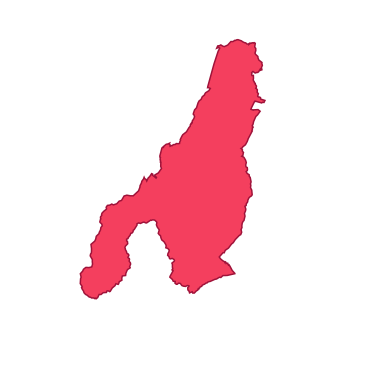 outline of Darmanesti, Bacau, Romania, rotated 317°
{"feature_id": "2599482B46065008984016", "entity_name": "Darmanesti", "entity_type": "district", "adm_level": 2, "iso_a3": "ROU", "parent_name": "Romania", "parent_adm1": "Bacau", "projection": "equal_earth", "projection_center": [26.342, 46.329], "detail": "fine", "context": "isolated", "style": "filled", "palette": "rose", "viewbox_px": 384, "rotation_deg": 317, "n_neighbors": 0, "source": "geoboundaries", "source_scale": "gbopen_adm2", "svg_char_len": 6099}
<svg xmlns="http://www.w3.org/2000/svg" viewBox="0 0 384 384"><g transform="rotate(317 192 192)"><path d="M49.1,204.7L51.0,204.9L54.2,203.6L55.5,204.9L58.4,205.1L60.9,207.1L62.1,206.4L62.7,206.6L63.6,207.7L63.8,208.7L64.4,208.9L68.3,207.8L71.8,208.0L73.8,207.2L75.0,209.2L75.7,209.1L77.6,208.0L80.6,208.7L81.9,207.1L83.8,205.9L86.5,207.8L88.1,206.4L91.1,205.0L92.3,204.8L94.9,205.3L95.3,205.0L95.5,204.0L97.9,202.9L98.6,201.9L98.9,199.7L100.4,198.6L100.8,197.8L100.4,197.0L100.6,196.0L102.3,195.5L102.8,195.1L103.1,193.9L102.6,192.9L102.8,192.0L103.6,190.6L103.9,188.8L104.3,188.5L105.1,186.8L106.4,186.2L109.7,186.0L111.1,184.1L110.8,183.2L112.0,181.9L113.5,182.4L114.2,181.9L117.2,181.4L119.0,180.5L120.2,181.1L121.7,180.9L123.0,179.9L124.0,180.1L129.2,178.7L130.1,177.7L132.0,178.3L132.8,179.8L135.7,180.8L136.4,181.4L137.1,183.1L137.8,183.7L142.6,184.4L142.9,185.0L144.2,185.5L145.2,186.6L145.6,187.4L145.7,189.8L145.2,190.6L143.6,191.7L142.7,193.9L142.2,197.4L139.1,199.2L138.9,201.2L139.2,202.3L138.0,204.4L137.2,206.4L137.6,209.3L137.0,212.4L136.4,213.8L134.8,214.9L135.8,216.8L135.7,219.0L134.1,220.1L132.6,220.5L131.0,221.7L131.1,223.6L130.4,224.8L130.3,225.9L130.8,226.4L132.2,227.0L132.8,229.1L132.5,230.1L131.6,230.5L128.8,230.3L128.2,231.7L126.3,233.7L125.9,234.7L124.3,235.3L124.2,235.8L124.7,236.4L124.5,236.7L118.4,238.7L117.7,239.2L118.0,242.7L117.4,244.5L118.7,246.0L117.4,247.0L117.6,248.8L118.3,249.4L119.9,249.5L120.4,249.9L121.1,251.0L120.8,253.5L121.5,255.0L122.9,256.7L124.7,257.1L125.8,258.4L125.4,258.9L123.6,259.1L122.5,260.4L122.1,261.3L122.2,262.7L121.4,264.1L124.1,265.1L123.6,266.4L124.8,267.5L127.7,267.3L129.3,267.7L129.9,267.2L130.7,267.6L131.0,267.0L132.0,267.4L133.1,267.0L134.8,267.6L135.7,267.2L137.3,267.5L138.3,268.0L139.9,268.1L141.2,268.8L141.8,268.6L143.2,269.1L144.3,269.8L149.0,271.4L150.7,272.4L153.9,273.0L154.8,274.2L157.6,274.2L160.8,277.0L168.2,281.3L167.8,280.9L167.9,276.8L169.2,272.0L169.3,271.4L168.8,270.6L169.5,270.2L169.0,269.2L169.5,268.4L168.2,267.5L168.7,267.1L168.9,266.0L168.0,265.9L168.3,265.4L167.6,263.1L167.3,260.4L167.6,258.1L172.7,257.6L173.4,257.6L174.1,258.4L176.6,257.3L180.4,257.9L185.4,257.0L187.6,257.2L191.2,256.3L196.9,256.0L198.6,256.4L200.9,255.3L202.2,253.0L204.4,252.0L205.3,250.8L207.4,249.1L209.3,248.3L210.5,248.3L214.3,245.8L215.8,243.4L218.3,242.3L219.7,241.2L221.0,238.5L222.4,238.8L223.6,237.7L225.9,237.2L227.4,236.0L229.4,235.2L230.5,235.0L232.8,235.4L234.1,235.1L237.0,231.3L237.7,228.8L239.7,227.1L240.2,226.0L242.1,224.9L243.9,222.0L244.5,221.0L244.6,219.6L245.6,218.3L245.0,216.1L245.5,214.0L247.1,214.0L248.0,213.3L249.1,211.8L248.7,210.9L248.8,210.1L249.8,208.8L251.8,207.5L252.9,205.2L253.6,202.2L253.5,201.4L252.8,199.8L254.6,199.8L255.1,199.1L256.6,198.2L256.7,196.4L257.7,195.5L257.6,193.6L258.4,194.0L260.0,193.6L263.3,193.9L266.9,192.7L269.6,191.3L277.6,188.5L277.5,188.1L279.1,187.2L279.5,186.6L280.8,186.3L280.6,185.6L281.1,185.5L281.5,184.4L282.8,184.1L285.1,182.5L290.2,180.3L292.5,180.3L296.9,179.4L296.5,176.8L292.8,173.7L292.6,173.8L291.5,171.7L293.1,170.9L299.1,168.6L299.4,168.8L300.1,168.5L303.7,174.4L304.7,174.5L305.7,175.6L307.8,174.8L305.6,170.9L306.5,169.6L306.0,168.4L305.3,167.7L305.3,166.8L307.6,165.3L307.7,163.5L309.5,161.8L309.6,160.8L309.4,159.6L310.1,159.5L311.4,158.5L311.7,156.4L312.4,155.7L312.2,154.7L312.8,153.5L312.8,152.6L313.5,151.5L314.5,150.8L316.4,148.6L315.3,147.8L315.6,146.9L316.7,146.1L316.9,145.5L318.5,145.3L318.8,145.4L319.3,148.0L319.9,148.4L320.7,148.6L321.6,149.4L322.8,149.5L326.0,148.6L326.2,149.0L325.3,149.3L325.1,149.7L326.5,150.3L327.6,148.4L329.8,147.4L330.7,145.7L331.5,145.0L330.9,141.1L331.7,139.0L332.6,137.8L332.4,134.7L332.8,133.4L335.1,132.1L336.6,130.4L336.6,129.2L336.9,128.6L339.7,126.4L339.3,125.1L338.5,124.9L338.5,124.6L337.6,123.8L337.2,123.9L336.2,123.1L334.5,122.9L335.2,122.4L333.8,122.1L333.1,121.1L333.0,119.6L332.2,118.5L331.4,116.3L331.3,115.3L329.5,111.9L328.1,111.0L327.3,110.9L326.4,110.1L325.2,110.1L324.4,109.8L323.1,108.5L318.3,108.9L314.8,107.7L314.0,106.4L313.4,104.1L311.9,103.7L310.4,102.7L308.1,103.7L310.0,104.4L310.4,105.7L307.1,106.9L295.5,113.3L275.5,125.6L274.6,126.3L275.0,126.5L276.0,128.7L273.4,129.4L269.6,128.7L267.7,129.2L267.3,129.6L264.6,129.3L261.7,130.5L259.4,130.2L257.3,130.9L252.7,133.5L249.9,133.7L246.5,135.5L245.9,136.2L246.1,136.8L245.2,138.7L243.4,139.6L240.5,140.3L239.4,141.5L238.9,141.1L237.9,141.3L237.6,141.4L237.7,141.7L236.6,141.7L235.5,142.7L233.8,142.8L229.0,144.2L224.4,143.8L222.6,144.3L219.2,145.6L219.0,146.3L217.1,147.1L216.0,148.0L214.8,147.2L213.5,145.8L212.3,145.9L210.6,144.6L209.1,144.6L208.7,144.1L207.2,143.6L207.9,142.7L208.1,142.9L208.0,141.5L208.9,141.0L207.3,140.5L205.7,139.5L202.7,139.3L201.7,139.8L201.7,139.3L200.0,139.3L193.1,143.7L192.6,144.3L192.5,145.0L192.2,144.9L191.2,146.5L190.6,146.7L190.5,147.4L189.4,148.5L189.5,148.8L189.2,148.8L189.2,149.3L186.6,151.9L185.7,154.0L180.4,155.1L176.5,154.2L175.8,154.7L176.0,156.4L175.6,156.8L175.8,157.1L175.2,157.3L175.0,155.4L175.5,155.4L175.5,154.8L174.8,154.5L174.6,152.8L175.1,152.7L175.1,152.2L175.4,152.0L175.0,151.0L171.4,151.9L169.8,151.8L166.4,153.1L167.0,151.4L166.5,150.0L167.0,148.6L165.4,149.4L162.7,149.9L161.0,151.0L158.4,151.9L157.1,153.0L153.7,154.7L146.4,154.7L144.3,152.7L142.2,149.9L139.6,148.6L134.7,150.1L132.5,149.0L129.0,149.3L125.7,147.8L125.1,146.1L122.9,145.5L121.0,144.1L118.8,144.6L118.1,145.9L117.7,146.2L114.3,145.9L111.7,146.1L110.5,146.8L110.1,147.5L108.2,147.8L107.3,148.6L107.0,149.5L106.2,149.7L104.2,151.0L104.0,151.7L104.2,153.8L103.3,155.5L101.2,155.8L99.1,157.4L96.7,158.2L95.7,159.0L91.8,159.1L89.4,160.8L87.4,161.6L82.4,161.4L79.9,164.9L78.0,166.9L76.7,168.0L75.5,168.2L74.0,169.3L73.0,173.5L71.5,175.0L70.1,176.9L67.6,178.4L65.1,177.0L63.0,174.8L62.5,174.7L59.9,174.5L58.1,175.3L54.6,175.6L52.8,178.7L51.4,179.4L47.8,182.8L47.2,186.1L46.9,186.5L46.1,186.5L45.5,188.0L45.1,190.4L44.3,192.1L44.3,194.3L44.9,195.9L45.2,198.7L46.0,199.8L46.4,201.2L47.5,202.0L48.0,202.9L48.0,203.4L48.8,203.6L49.3,204.3L49.1,204.7Z" fill="#f43f5e" stroke="#9f1239" stroke-width="1.5"/></g></svg>